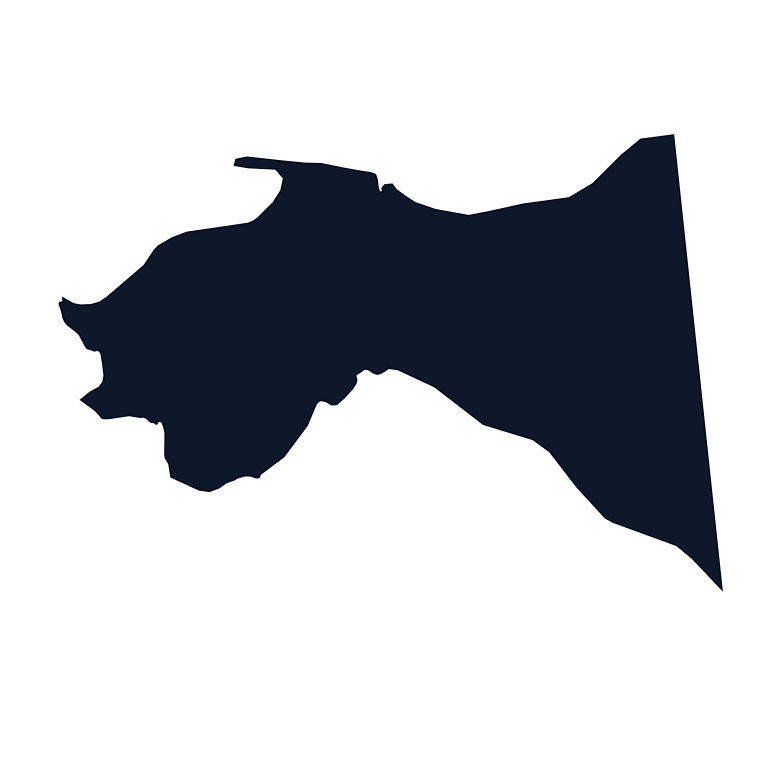 map outline of Colón (Robinson projection), rotated 354°
{"feature_id": "HND-638", "entity_name": "Colón", "entity_type": "Department", "adm_level": 1, "iso_a3": "HND", "parent_name": "Honduras", "parent_adm1": "", "projection": "robinson", "projection_center": [-85.998, 15.551], "detail": "fine", "context": "isolated", "style": "filled", "palette": "ink", "viewbox_px": 768, "rotation_deg": 354, "n_neighbors": 0, "source": "natural_earth", "source_scale": "10m", "svg_char_len": 1982}
<svg xmlns="http://www.w3.org/2000/svg" viewBox="0 0 768 768"><g transform="rotate(354 384 384)"><path d="M73.5,264.7L83.6,271.9L90.4,273.9L100.9,274.6L109.5,273.1L116.8,269.4L158.1,240.9L168.8,227.8L173.7,223.3L188.7,216.6L203.8,212.6L265.9,210.1L271.4,208.3L275.8,205.9L292.7,192.2L301.8,180.9L305.7,168.9L298.8,158.8L271.3,154.5L258.2,150.8L260.3,145.2L271.6,144.2L305.1,151.5L328.4,156.3L344.7,158.4L365.2,164.9L385.6,170.8L392.6,172.4L397.4,174.9L398.6,180.6L398.5,187.3L399.6,192.8L402.9,192.8L402.6,189.4L403.5,187.8L404.8,187.0L405.8,186.0L413.0,186.2L416.8,192.5L424.6,199.5L433.7,206.9L453.0,215.9L485.8,225.5L508.5,223.5L540.8,219.8L587.6,218.3L612.7,206.7L644.2,181.3L665.0,167.5L697.9,166.7L698.6,623.8L672.6,589.8L658.2,575.1L597.3,545.3L590.1,540.3L564.9,506.2L541.7,468.5L526.2,454.6L478.7,434.5L434.2,392.0L399.1,370.9L390.0,368.8L386.3,371.0L382.0,372.9L378.5,373.6L374.3,371.6L371.3,368.8L368.4,367.4L366.2,367.1L356.5,372.4L357.3,377.0L355.9,380.6L352.4,385.1L343.1,393.5L334.6,399.4L329.8,399.1L324.7,395.4L321.8,394.3L318.8,393.7L315.9,395.1L313.8,397.9L303.2,417.2L276.8,445.8L251.7,460.8L249.9,463.9L247.1,463.9L243.9,462.3L240.4,461.1L236.2,460.7L228.3,462.0L224.5,463.8L217.3,465.4L209.1,469.9L199.1,472.5L189.1,470.0L162.5,454.2L161.8,441.1L158.9,434.5L158.7,432.0L161.3,409.7L160.5,403.1L159.3,399.0L158.0,397.7L156.1,397.3L155.0,398.0L154.3,399.3L153.8,400.0L153.2,400.0L152.6,399.3L151.7,398.6L150.6,398.0L149.2,397.8L148.0,397.3L146.7,396.3L145.3,394.3L144.0,393.1L142.9,392.4L141.7,391.8L140.7,391.5L138.2,391.6L127.2,388.6L106.4,389.5L101.9,389.1L99.7,388.2L98.7,386.3L93.7,379.7L80.8,368.1L90.3,361.8L100.5,357.4L104.7,352.8L106.6,346.4L106.5,335.3L105.8,323.7L104.7,322.0L103.2,320.3L100.4,320.7L98.8,320.6L96.5,319.3L92.4,317.6L91.0,315.0L86.1,302.8L82.2,298.5L76.0,292.7L73.3,289.0L71.9,285.0L71.1,278.0L70.5,274.9L69.8,272.3L69.4,270.5L69.8,269.4L70.5,269.0L73.6,268.8L73.5,264.7Z" fill="#0f172a" stroke="#020617" stroke-width="1.5"/></g></svg>